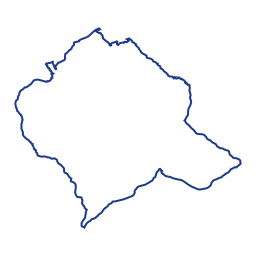 the district of Saschiz, Mures, Romania
{"feature_id": "2599482B37274548789390", "entity_name": "Saschiz", "entity_type": "district", "adm_level": 2, "iso_a3": "ROU", "parent_name": "Romania", "parent_adm1": "Mures", "projection": "robinson", "projection_center": [24.99, 46.172], "detail": "fine", "context": "isolated", "style": "outline", "palette": "blue", "viewbox_px": 256, "rotation_deg": 0, "n_neighbors": 0, "source": "geoboundaries", "source_scale": "gbopen_adm2", "svg_char_len": 5634}
<svg xmlns="http://www.w3.org/2000/svg" viewBox="0 0 256 256"><path d="M84.3,227.6L85.5,225.1L87.5,222.5L89.0,221.5L90.3,220.9L91.5,219.4L95.0,218.2L95.9,217.5L96.4,216.7L97.6,216.1L97.7,215.7L99.4,214.0L101.3,212.9L101.8,212.4L102.8,210.7L104.2,208.9L105.0,208.1L105.9,207.7L106.4,207.1L108.0,205.8L109.0,204.2L111.3,203.3L112.6,201.6L115.1,201.4L123.4,199.4L128.1,197.7L129.5,197.0L132.0,196.2L133.6,194.9L134.4,193.6L134.7,192.9L134.6,191.8L134.9,190.3L136.3,188.9L137.5,187.1L139.3,186.2L145.3,184.7L146.8,183.7L148.3,183.0L152.2,180.5L153.0,179.5L153.6,178.2L155.4,176.9L155.5,176.0L156.2,174.5L156.2,173.7L156.6,173.0L157.3,171.7L158.3,170.9L158.7,170.0L159.4,169.0L160.2,168.9L160.5,169.5L161.3,170.2L161.2,170.4L161.3,170.5L161.3,170.9L161.6,171.1L162.1,171.2L162.1,171.4L161.5,172.0L161.5,172.6L161.8,173.0L163.5,174.2L165.3,175.9L168.3,176.7L170.3,176.9L172.7,178.1L176.4,179.1L181.5,180.1L184.1,181.6L188.7,184.9L192.0,186.7L195.3,188.2L198.4,189.4L200.3,189.5L203.7,188.8L205.5,188.6L208.4,187.4L210.1,185.9L211.0,184.6L211.5,183.0L212.3,181.6L213.7,180.3L215.3,179.6L217.2,179.0L218.5,178.2L221.5,177.2L222.7,175.9L224.3,175.0L225.6,173.8L228.5,172.3L230.5,169.9L230.8,169.3L231.5,168.9L233.1,168.3L234.2,167.4L235.3,167.2L236.2,167.5L236.6,167.3L237.6,166.1L238.7,165.5L239.3,164.8L240.5,164.0L240.6,163.1L240.4,162.4L240.2,160.5L239.8,160.0L238.3,159.0L235.7,158.1L234.8,158.2L233.2,157.8L232.2,156.6L230.0,154.9L229.1,152.4L229.0,151.5L228.2,150.7L225.6,150.0L223.9,149.2L222.6,148.4L219.7,148.1L218.5,147.0L217.1,146.4L216.0,144.4L215.3,143.7L214.0,143.3L212.2,142.2L211.3,141.4L210.4,140.3L209.6,140.2L208.7,139.6L207.3,139.0L206.1,136.9L204.3,135.0L202.2,134.2L200.0,134.2L197.4,133.8L196.6,133.5L195.8,132.9L193.9,130.2L191.4,128.1L188.5,124.8L186.9,123.8L185.9,122.6L185.1,121.0L184.5,120.5L185.5,119.2L186.7,116.7L186.8,116.4L187.4,116.1L187.7,115.4L188.1,113.8L188.1,111.7L188.4,109.3L188.9,107.9L190.3,105.3L191.1,102.3L191.1,101.2L189.9,97.4L190.3,96.7L190.6,94.9L190.3,93.8L190.3,93.3L189.4,90.8L189.4,90.2L189.8,88.5L189.7,86.7L189.5,86.4L189.5,85.2L189.3,84.8L188.2,84.6L187.6,84.8L186.5,82.8L185.8,82.8L185.6,83.2L185.1,82.8L185.0,82.7L185.2,82.3L185.6,82.2L184.4,80.6L183.0,79.8L182.6,79.3L182.0,79.4L181.7,79.1L180.9,79.1L180.9,78.6L179.1,78.1L178.8,77.4L178.1,77.5L177.5,78.3L176.5,78.6L174.5,78.0L174.3,77.6L174.8,77.2L174.1,77.2L173.8,77.4L173.9,78.3L173.7,78.4L172.7,76.7L169.7,76.5L168.1,75.6L168.0,74.8L167.2,74.1L166.6,73.2L163.9,71.2L163.4,70.7L163.0,69.7L162.5,69.3L160.5,68.3L160.4,66.7L160.2,66.2L159.1,65.8L157.9,65.0L157.4,64.4L157.7,63.6L156.6,63.2L155.8,62.4L153.1,61.3L152.7,60.0L151.6,59.2L149.7,58.4L147.3,57.9L146.5,57.1L146.7,56.0L146.5,55.6L141.3,52.7L140.9,51.4L139.3,49.6L139.0,48.5L138.8,48.2L135.8,45.2L135.6,44.8L135.9,44.2L134.6,43.3L133.8,42.5L132.4,42.4L131.9,40.7L131.6,40.3L130.5,39.4L129.5,39.5L129.0,38.5L126.9,39.2L127.8,39.8L128.6,40.9L128.2,41.3L127.5,41.6L126.7,42.2L126.1,42.0L124.7,41.8L124.3,42.0L124.3,42.5L124.0,42.7L121.9,42.7L120.2,43.1L119.1,43.9L118.5,44.7L117.7,45.0L117.4,44.7L116.9,43.6L117.3,41.7L116.8,41.4L116.3,41.5L115.2,42.2L112.1,42.9L111.6,43.3L111.2,44.0L111.2,45.3L110.6,45.6L110.1,45.5L109.5,45.0L109.4,43.7L108.7,43.2L108.4,42.5L106.6,41.5L103.0,38.4L102.9,38.3L103.0,37.3L102.6,36.4L102.3,35.1L101.5,34.8L101.0,33.7L100.5,33.0L100.3,32.9L99.6,33.0L98.6,32.8L95.9,31.2L95.8,30.9L96.2,30.2L96.8,30.4L97.2,30.1L97.8,30.2L99.5,29.6L100.0,29.3L98.9,28.4L94.9,30.4L88.6,36.2L85.8,37.6L80.4,39.6L78.9,40.8L79.0,41.3L75.7,42.0L73.9,42.6L74.1,44.2L73.8,45.2L73.1,45.6L72.6,46.2L71.2,49.0L69.0,50.5L67.1,52.8L65.3,53.9L64.9,57.4L65.2,58.2L64.9,59.2L64.6,59.5L64.3,60.1L61.5,61.4L60.3,62.2L58.8,62.7L58.3,62.6L57.4,63.7L57.2,64.2L56.7,64.6L55.6,66.0L55.7,67.9L56.1,69.2L55.9,69.3L54.9,68.2L54.4,67.0L54.3,66.2L53.9,65.9L53.9,65.4L53.2,64.2L52.8,63.0L52.7,61.8L50.8,62.7L46.2,63.6L46.0,64.1L46.7,64.1L46.6,64.6L47.0,65.5L46.9,65.9L47.4,66.0L47.6,66.3L47.7,67.5L48.8,67.9L48.7,68.5L49.6,68.8L49.8,69.5L49.8,70.1L50.7,70.4L50.5,71.0L51.5,71.7L51.5,72.2L52.3,73.1L53.0,73.3L53.2,73.5L52.0,73.8L52.4,74.1L51.8,74.7L52.2,75.1L52.2,75.8L52.4,76.4L52.1,77.4L52.3,77.8L51.4,78.0L51.6,78.4L51.4,79.0L50.6,79.8L50.0,80.7L48.5,81.1L47.9,81.5L47.4,81.2L47.0,81.6L46.5,81.6L46.3,81.8L38.0,79.6L37.0,79.6L33.7,80.4L31.4,83.7L26.4,87.3L24.9,87.3L22.7,89.4L20.3,90.9L20.0,91.9L19.5,92.3L19.2,94.4L18.1,96.6L17.8,97.8L17.9,98.8L17.4,99.6L16.0,100.7L15.4,102.9L15.5,104.8L16.2,107.8L16.6,108.1L16.6,108.9L17.1,110.0L17.2,110.9L18.0,111.5L19.6,113.7L20.9,114.8L21.4,116.2L21.9,116.6L22.2,117.6L22.2,118.7L22.6,119.8L22.2,120.7L22.1,122.5L21.4,124.2L21.3,125.2L21.6,126.6L21.3,128.0L22.0,130.1L23.0,132.7L22.8,134.7L23.9,136.4L25.2,137.5L25.5,138.2L28.3,139.9L29.7,141.5L30.6,142.1L30.6,142.4L31.2,142.9L32.1,144.2L32.5,144.2L32.4,144.4L32.6,144.7L32.5,145.3L32.9,145.6L33.6,147.0L33.8,148.2L34.3,149.5L35.7,149.8L36.0,152.0L37.1,153.2L37.4,153.8L37.4,154.9L38.0,155.6L38.7,155.9L41.6,156.7L44.0,156.4L46.0,156.7L47.8,157.4L48.6,157.3L50.3,157.8L51.3,158.6L52.6,158.7L54.4,158.3L56.9,159.7L57.5,161.9L58.1,162.9L58.4,163.2L58.8,163.4L59.6,164.3L60.2,164.4L60.9,164.9L63.9,168.2L64.1,169.8L64.0,170.2L64.2,171.8L64.4,172.1L64.7,172.6L67.4,173.9L68.8,176.5L71.4,178.8L71.0,179.7L70.8,181.3L73.4,182.2L75.3,184.0L75.8,185.6L75.7,188.9L75.4,190.1L75.2,192.2L75.2,193.0L75.7,194.3L76.3,195.6L77.3,197.0L81.3,197.4L82.5,200.2L82.0,202.8L82.3,204.0L83.5,205.7L84.1,206.1L84.7,207.8L85.8,209.2L86.7,209.6L85.8,212.6L85.7,214.5L85.3,215.4L85.2,217.7L84.5,218.8L83.4,219.9L81.8,222.7L81.4,224.0L81.8,226.3L82.7,226.5L84.3,227.6Z" fill="none" stroke="#1e3a8a" stroke-width="2"/></svg>